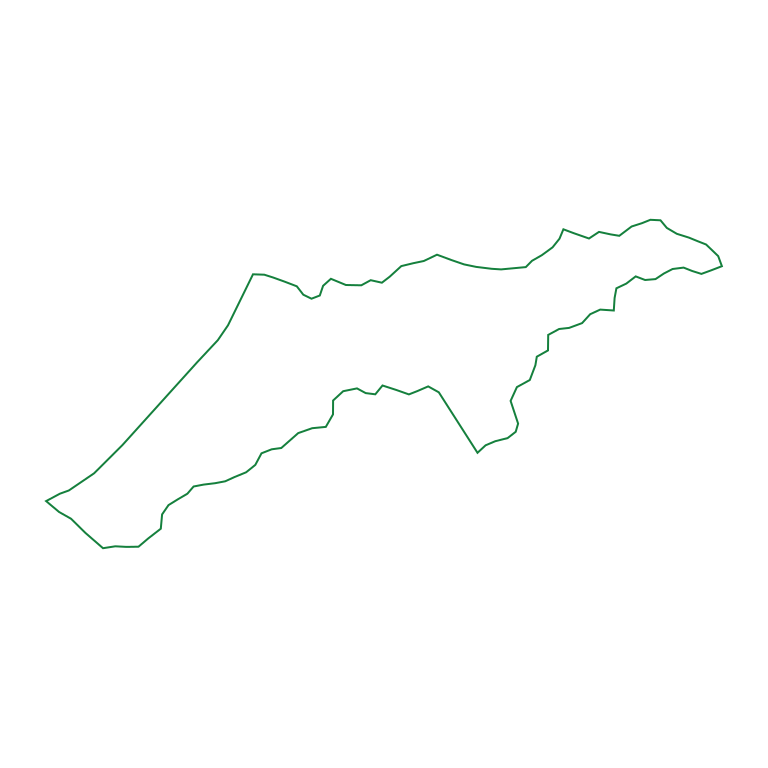 Ruaraka, Nairobi, Kenya
{"feature_id": "3690345B35970113576502", "entity_name": "Ruaraka", "entity_type": "district", "adm_level": 2, "iso_a3": "KEN", "parent_name": "Kenya", "parent_adm1": "Nairobi", "projection": "mercator", "projection_center": [36.884, -1.246], "detail": "fine", "context": "isolated", "style": "outline", "palette": "green", "viewbox_px": 768, "rotation_deg": 0, "n_neighbors": 0, "source": "geoboundaries", "source_scale": "gbopen_adm2", "svg_char_len": 1608}
<svg xmlns="http://www.w3.org/2000/svg" viewBox="0 0 768 768"><path d="M721.9,266.2L718.2,256.1L706.1,244.5L697.7,241.2L688.9,237.6L676.8,233.8L666.8,227.9L660.5,220.3L650.4,219.8L641.9,223.2L631.6,226.5L619.3,235.8L610.7,234.4L599.0,231.9L589.0,238.5L573.8,233.2L563.4,229.3L559.5,238.7L552.6,247.3L541.8,255.2L532.0,260.8L525.8,267.1L501.1,269.4L491.7,268.8L476.2,266.9L464.1,264.4L451.3,260.0L437.0,254.7L423.8,261.0L413.3,263.2L401.3,266.1L389.7,276.7L381.9,282.7L370.7,280.2L361.3,285.3L345.9,285.0L330.9,278.8L323.1,285.8L319.8,295.5L311.5,298.7L303.3,294.7L296.8,286.3L284.5,281.6L273.1,277.5L264.3,274.7L253.0,274.3L228.0,325.3L217.8,340.2L197.3,362.1L122.4,445.1L94.1,473.3L68.8,490.5L59.9,493.7L46.1,501.1L59.1,512.0L71.1,518.8L85.4,532.9L103.0,548.2L115.3,546.3L126.6,546.9L138.5,546.7L148.4,538.3L160.8,528.7L162.1,514.4L168.5,505.1L178.2,499.1L187.4,493.7L193.6,486.5L203.6,484.6L215.1,483.2L225.2,481.3L234.4,477.1L246.1,472.3L255.3,464.9L261.5,453.3L271.7,449.3L281.3,448.0L298.2,433.1L312.2,428.2L325.8,426.9L333.0,414.4L333.1,400.5L343.2,391.2L357.0,388.4L365.7,393.1L375.3,394.3L382.5,385.5L396.4,390.0L408.9,394.4L417.3,391.1L428.2,386.4L438.8,392.3L477.5,452.8L485.6,445.3L495.3,441.2L507.6,438.1L515.7,431.8L518.1,423.6L510.6,400.9L516.9,387.1L529.8,380.0L535.4,365.2L536.8,356.7L548.0,350.4L548.2,334.9L559.1,329.0L569.1,327.9L582.1,323.1L590.2,314.2L600.2,309.6L613.8,310.5L614.6,298.0L616.4,288.3L626.3,283.6L635.7,276.4L645.1,280.0L655.5,279.1L663.9,273.5L672.6,269.0L683.6,267.6L692.2,271.0L701.4,273.9L711.0,270.4L721.9,266.2Z" fill="none" stroke="#15803d" stroke-width="2"/></svg>